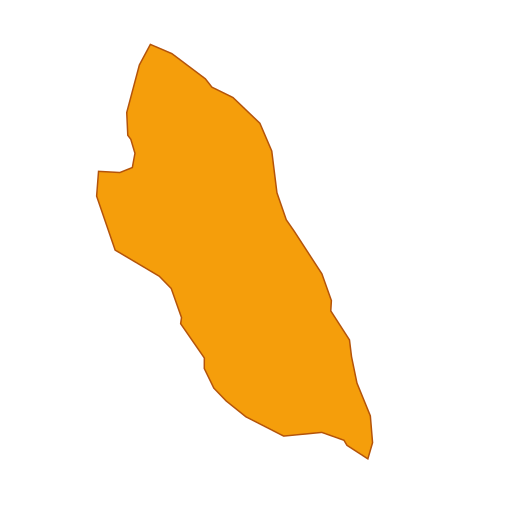 Jocotenango, Sacatepéquez, Guatemala (Robinson projection), rotated 292°
{"feature_id": "79465075B20964806196125", "entity_name": "Jocotenango", "entity_type": "district", "adm_level": 2, "iso_a3": "GTM", "parent_name": "Guatemala", "parent_adm1": "Sacatepéquez", "projection": "robinson", "projection_center": [-90.734, 14.586], "detail": "fine", "context": "isolated", "style": "filled", "palette": "amber", "viewbox_px": 512, "rotation_deg": 292, "n_neighbors": 0, "source": "geoboundaries", "source_scale": "gbopen_adm2", "svg_char_len": 677}
<svg xmlns="http://www.w3.org/2000/svg" viewBox="0 0 512 512"><g transform="rotate(292 256 256)"><path d="M412.6,78.8L389.5,76.3L340.6,82.4L319.9,91.9L317.3,96.2L305.9,105.3L291.7,108.2L282.4,98.5L275.5,78.3L251.8,85.8L208.7,123.2L201.0,173.9L194.1,189.6L171.0,210.0L165.0,211.5L142.1,246.3L132.3,250.2L117.7,266.4L110.4,282.7L103.1,306.9L99.4,349.1L117.1,383.1L118.1,406.6L114.5,411.3L109.8,435.7L126.6,434.0L150.6,421.9L176.0,397.2L198.4,382.3L213.2,374.1L233.1,345.9L242.9,342.6L264.1,323.8L293.3,282.1L300.9,270.5L322.5,251.7L359.2,231.3L380.5,209.9L394.3,175.3L396.0,151.9L401.3,142.7L412.1,102.3L412.6,78.8Z" fill="#f59e0b" stroke="#b45309" stroke-width="1.5"/></g></svg>